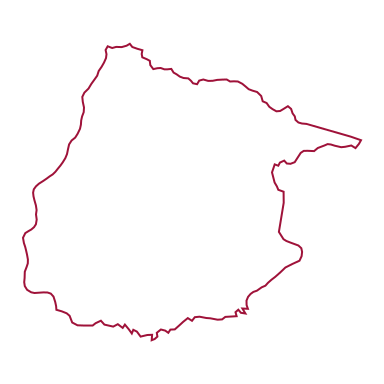 Santa Tereza do Tocantins, Tocantins, Brazil (orthographic projection)
{"feature_id": "56859067B62208923479169", "entity_name": "Santa Tereza do Tocantins", "entity_type": "district", "adm_level": 2, "iso_a3": "BRA", "parent_name": "Brazil", "parent_adm1": "Tocantins", "projection": "orthographic", "projection_center": [-47.736, -10.292], "detail": "fine", "context": "isolated", "style": "outline", "palette": "rose", "viewbox_px": 384, "rotation_deg": 0, "n_neighbors": 0, "source": "geoboundaries", "source_scale": "gbopen_adm2", "svg_char_len": 2815}
<svg xmlns="http://www.w3.org/2000/svg" viewBox="0 0 384 384"><path d="M361.0,140.2L350.6,136.6L306.4,123.9L301.9,123.5L298.4,122.5L295.5,119.9L294.8,116.4L292.6,113.4L291.1,108.9L287.9,106.2L283.6,108.9L280.1,111.0L276.4,111.3L272.5,109.1L269.3,106.8L266.6,103.0L262.7,101.3L261.2,96.0L257.1,92.0L252.4,90.6L248.7,89.2L245.7,86.6L242.3,83.8L237.9,81.5L234.0,81.3L230.1,81.5L226.7,79.5L222.5,79.6L217.2,79.9L212.6,80.8L208.2,80.9L203.3,79.5L199.2,80.6L197.1,84.2L193.0,83.3L191.0,80.8L188.3,78.4L183.5,78.0L179.8,76.6L176.6,74.3L173.6,72.6L171.3,68.9L167.6,69.3L164.3,69.3L160.7,68.0L157.4,68.2L153.3,69.1L150.3,65.1L149.8,60.8L146.8,59.2L142.3,57.3L141.7,54.0L142.4,50.2L137.4,48.8L132.3,47.0L129.8,43.8L126.6,45.7L121.7,47.1L116.2,46.9L112.2,48.0L107.7,46.3L105.6,50.0L106.5,54.2L106.0,58.1L104.0,62.6L101.6,66.8L98.7,71.0L97.2,75.7L94.5,79.5L91.4,83.8L88.5,88.6L84.4,92.6L82.3,96.9L82.8,101.9L84.0,107.5L83.7,112.2L82.1,116.4L81.2,120.4L80.9,124.7L80.0,128.8L77.6,133.8L75.2,137.6L71.6,140.5L69.1,144.4L68.0,149.2L67.0,154.1L65.3,158.2L62.7,162.4L60.4,165.6L58.0,168.5L55.3,171.9L52.7,174.4L49.6,176.4L46.8,178.5L43.3,180.9L38.9,183.7L36.0,186.3L33.8,189.3L33.1,192.7L33.5,196.3L34.4,200.1L35.9,205.4L36.6,210.1L36.0,214.4L36.7,219.6L35.9,224.3L34.0,227.2L31.3,229.5L28.5,231.1L25.3,233.1L23.0,237.8L23.9,243.0L25.2,246.9L26.0,250.1L27.0,254.5L27.9,259.5L27.8,263.4L26.6,267.0L24.8,271.7L24.6,278.0L24.2,282.2L24.8,286.1L27.1,289.8L31.2,292.3L34.5,293.0L38.9,292.7L43.4,292.4L47.5,292.5L50.8,293.6L53.5,296.6L55.2,301.9L56.1,306.1L56.4,309.8L61.7,311.3L66.7,313.3L69.6,315.8L72.2,322.5L77.5,325.3L82.9,325.5L87.4,325.5L92.7,325.5L95.6,323.2L100.9,320.7L104.4,324.6L113.2,326.6L117.8,324.2L122.7,327.9L124.9,324.6L128.8,329.3L131.8,333.5L133.3,329.8L136.9,331.6L140.6,336.6L147.3,335.0L152.1,334.8L151.7,340.2L154.7,339.0L157.4,336.6L156.8,332.8L160.9,329.5L165.2,330.6L168.3,332.8L170.4,329.6L174.8,329.4L179.4,325.3L183.1,321.9L187.8,318.1L192.0,320.8L194.8,317.2L199.5,316.7L206.3,318.0L210.3,318.3L217.6,319.7L222.1,319.4L225.3,316.9L236.6,316.2L235.5,312.2L238.3,309.7L240.9,312.8L245.4,313.5L242.4,308.5L247.9,308.8L246.6,305.1L246.5,300.6L248.1,296.8L250.6,293.9L253.4,291.9L256.9,290.7L261.7,287.3L265.4,285.7L268.0,282.8L271.4,279.8L275.3,276.8L280.7,272.0L285.4,267.5L292.3,264.0L299.5,260.7L301.6,256.2L302.1,251.9L301.3,248.2L298.4,245.5L290.5,242.6L286.4,241.0L283.5,239.2L278.9,231.9L283.7,202.8L283.6,191.7L278.3,189.8L276.9,186.4L274.6,182.5L272.0,172.4L273.5,168.0L274.7,164.4L278.3,165.7L279.9,162.6L284.2,160.6L286.8,163.5L290.5,163.8L294.7,162.2L298.3,156.6L300.7,152.9L303.7,150.9L307.6,150.8L314.1,151.1L317.8,148.0L324.4,145.5L327.6,144.1L330.9,144.5L334.7,145.7L341.2,147.2L345.1,146.8L351.3,145.5L355.5,148.1L359.0,143.8L361.0,140.2Z" fill="none" stroke="#9f1239" stroke-width="2"/></svg>